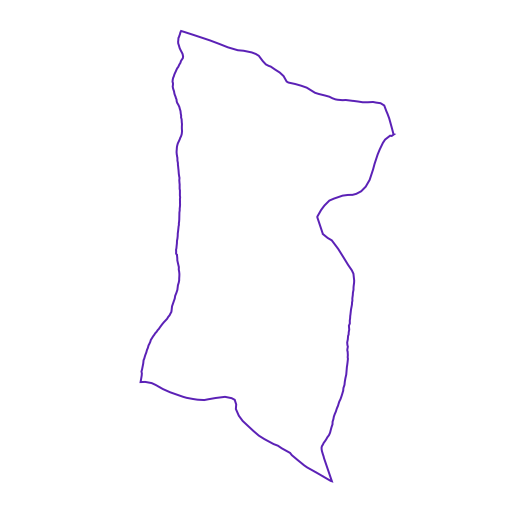 outline of Diourbel, Diourbel, Senegal, rotated 193°
{"feature_id": "50182788B22549322426328", "entity_name": "Diourbel", "entity_type": "district", "adm_level": 2, "iso_a3": "SEN", "parent_name": "Senegal", "parent_adm1": "Diourbel", "projection": "natural_earth1", "projection_center": [-16.194, 14.782], "detail": "fine", "context": "isolated", "style": "outline", "palette": "violet", "viewbox_px": 512, "rotation_deg": 193, "n_neighbors": 0, "source": "geoboundaries", "source_scale": "gbopen_adm2", "svg_char_len": 4897}
<svg xmlns="http://www.w3.org/2000/svg" viewBox="0 0 512 512"><g transform="rotate(193 256 256)"><path d="M149.0,405.5L149.4,405.5L152.1,410.7L154.8,415.7L157.2,420.1L159.9,424.2L161.6,426.5L164.9,431.5L169.0,432.9L173.5,432.5L176.6,432.4L181.1,431.1L186.6,429.8L191.1,429.5L196.3,429.0L196.6,428.9L196.8,428.9L203.6,428.2L206.7,427.3L211.7,426.6L213.9,426.5L217.1,426.9L220.3,427.7L224.9,427.9L231.4,428.0L235.2,428.3L244.3,431.4L244.9,431.5L250.5,432.1L256.5,432.4L263.5,432.3L265.4,432.9L269.6,437.5L274.1,440.1L279.2,441.9L284.3,443.9L286.4,444.1L289.5,444.9L293.2,447.4L298.3,451.7L301.3,452.7L301.6,452.8L306.0,453.4L314.3,453.2L320.0,452.4L330.3,453.0L338.9,454.3L340.3,454.5L349.2,455.7L356.5,456.4L364.0,457.1L367.2,457.4L369.6,457.6L376.6,458.2L379.6,458.4L379.8,457.7L380.0,456.3L380.0,454.8L380.2,453.7L380.3,452.2L380.6,451.0L380.3,449.1L380.1,447.3L379.6,445.6L378.6,444.0L377.6,442.2L377.1,441.3L375.6,439.4L374.2,437.8L373.1,436.5L372.5,435.3L371.9,433.9L371.8,432.2L372.5,430.5L373.0,429.0L373.1,427.2L373.8,425.2L374.3,422.7L375.0,421.2L375.4,419.5L375.7,417.8L376.1,416.0L376.4,414.3L376.5,412.6L376.8,411.0L376.8,409.7L376.8,409.0L376.5,406.9L375.8,405.8L375.4,404.0L375.3,402.4L374.6,400.8L373.8,399.4L372.9,398.0L372.3,396.5L371.6,395.1L370.1,392.9L369.6,391.9L368.7,390.7L368.0,388.7L367.1,387.3L365.9,386.1L364.3,384.1L363.2,382.0L362.2,380.3L361.3,377.7L360.5,375.9L360.2,374.2L359.2,372.4L358.4,369.6L357.8,367.9L357.3,365.2L356.9,363.5L356.1,360.8L355.8,358.1L355.9,356.5L356.0,355.7L356.4,354.1L356.5,352.9L357.0,350.4L357.5,348.2L357.6,346.4L357.6,344.9L357.5,343.9L357.2,342.1L357.0,340.6L356.7,339.1L356.0,337.0L355.6,336.2L355.3,335.3L354.7,334.0L354.3,332.5L354.1,331.5L353.0,329.0L352.6,327.3L352.0,325.7L351.3,323.6L350.8,322.2L350.3,320.6L349.7,318.7L349.0,316.9L348.9,316.6L348.1,314.8L347.8,312.6L347.0,310.0L346.5,308.6L346.1,306.8L345.5,304.2L344.9,302.9L344.3,300.3L343.8,298.0L343.1,296.0L342.9,294.3L342.4,292.4L342.1,291.1L342.0,290.5L341.8,289.9L341.5,288.7L341.2,286.8L341.0,285.0L340.6,283.3L340.4,281.0L340.0,279.2L339.3,275.8L339.0,274.4L338.7,272.5L338.5,270.4L338.1,268.9L338.1,267.4L337.8,265.1L337.5,262.6L337.3,260.4L336.8,257.9L336.5,255.5L336.4,253.0L335.9,250.5L335.6,247.9L335.3,245.7L335.3,244.1L334.8,242.4L334.4,240.4L333.3,239.2L333.2,239.2L333.1,238.8L332.7,237.6L332.2,236.1L331.7,234.1L330.9,232.4L329.7,229.9L328.7,227.9L328.2,225.4L327.3,223.3L326.6,221.2L326.2,219.3L325.8,216.9L325.4,215.1L325.3,212.6L325.5,210.0L325.3,208.2L325.0,205.3L325.3,202.1L325.8,199.0L325.6,196.3L325.9,193.7L326.2,190.8L326.5,188.1L326.1,184.8L325.9,182.5L326.5,180.4L326.9,178.7L327.8,177.0L328.5,174.8L329.6,172.9L330.9,170.7L331.9,168.7L332.8,166.7L333.7,164.6L334.2,163.2L335.1,161.7L335.8,159.8L336.9,157.9L337.3,156.6L337.7,155.7L338.2,154.6L338.9,152.5L339.6,150.6L339.7,148.6L340.1,146.6L340.6,144.7L340.7,142.1L341.1,140.0L341.2,137.3L341.5,135.2L341.6,134.4L341.7,133.1L341.8,130.9L342.1,129.2L341.7,125.9L341.6,122.8L341.5,119.9L341.6,117.7L340.8,115.9L340.5,113.9L340.4,112.4L340.1,107.2L335.6,108.4L329.0,108.7L324.8,107.8L318.1,105.8L316.7,105.4L309.0,103.9L295.4,102.4L291.8,102.2L285.2,102.5L281.2,102.8L280.3,102.9L274.0,104.0L270.2,105.7L263.3,108.6L254.5,111.8L247.8,112.0L244.4,111.1L241.9,106.9L241.2,102.4L236.8,96.5L231.9,92.3L227.6,89.8L219.3,85.0L212.8,81.6L207.0,79.6L204.9,79.0L196.5,76.7L192.0,76.1L187.6,74.4L178.5,71.8L176.3,70.0L170.2,66.9L162.1,62.9L158.6,61.5L146.9,58.1L139.5,55.8L132.7,53.7L131.4,53.6L144.3,74.4L145.1,76.0L146.1,77.6L147.0,79.2L147.8,80.6L148.5,82.2L149.0,83.9L149.0,85.5L148.4,87.3L148.0,89.1L147.0,91.4L146.3,93.3L145.7,95.4L144.6,97.8L144.1,100.4L144.0,104.0L143.9,106.4L143.6,109.2L144.1,111.7L143.9,114.4L144.0,117.1L143.7,119.7L143.2,122.3L143.0,125.0L142.7,127.2L142.6,127.3L142.4,128.6L142.3,130.5L142.1,132.9L141.5,135.4L141.2,138.0L141.0,140.3L140.8,143.7L140.7,144.3L140.8,144.5L141.1,147.1L140.8,150.3L141.2,153.6L141.4,157.2L141.4,158.1L141.4,160.7L141.8,163.6L142.2,166.4L142.5,168.5L142.6,170.2L142.9,173.2L143.3,176.5L143.9,178.0L144.2,180.0L145.2,183.5L145.7,184.2L146.0,185.6L146.1,188.3L146.9,189.8L147.7,192.2L147.8,195.5L148.3,198.8L148.1,200.3L148.5,202.6L148.6,205.2L149.8,209.0L149.4,211.3L150.1,214.2L150.3,216.5L150.6,218.2L150.7,218.7L150.8,220.1L151.1,222.7L151.4,225.4L151.5,228.3L151.6,230.4L152.0,232.5L152.0,234.0L152.6,236.4L152.9,239.7L153.3,242.0L153.4,245.0L153.9,247.3L154.1,248.8L154.4,251.9L154.8,254.1L157.1,260.7L159.4,263.6L164.3,268.1L170.1,274.0L177.5,281.4L185.7,288.3L190.2,289.7L195.9,292.5L196.0,292.9L196.3,293.3L204.9,307.4L205.1,308.2L202.9,315.5L201.3,319.2L200.6,320.7L197.0,326.5L192.9,329.5L185.2,334.3L180.1,336.2L175.7,337.3L172.3,339.1L168.1,342.7L164.7,348.2L162.4,355.7L161.4,366.7L161.2,372.4L160.3,382.3L159.4,387.7L157.8,394.8L156.4,398.5L152.4,403.4L150.8,403.5L149.0,405.5Z" fill="none" stroke="#5b21b6" stroke-width="2"/></g></svg>